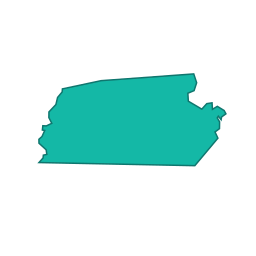 Trinity, Texas, United States of America (orthographic projection), rotated 220°
{"feature_id": "52423323B67589001499387", "entity_name": "Trinity", "entity_type": "district", "adm_level": 2, "iso_a3": "USA", "parent_name": "United States of America", "parent_adm1": "Texas", "projection": "orthographic", "projection_center": [-95.135, 31.106], "detail": "fine", "context": "isolated", "style": "filled", "palette": "teal", "viewbox_px": 256, "rotation_deg": 220, "n_neighbors": 0, "source": "geoboundaries", "source_scale": "gbopen_adm2", "svg_char_len": 641}
<svg xmlns="http://www.w3.org/2000/svg" viewBox="0 0 256 256"><g transform="rotate(220 128 128)"><path d="M52.6,142.1L52.6,178.0L58.8,180.9L57.5,186.3L61.8,191.6L66.1,193.1L66.4,195.1L62.0,194.2L63.4,196.6L62.1,201.8L65.6,203.2L73.5,202.0L75.3,196.6L79.8,201.3L83.3,197.3L83.6,189.9L99.0,187.3L104.5,193.1L101.4,199.1L104.5,206.8L112.4,211.7L179.0,147.0L203.4,115.8L201.6,113.3L201.6,106.2L198.3,99.6L198.9,89.5L195.3,85.1L189.4,82.6L191.9,77.1L194.7,75.0L192.3,71.4L190.2,72.6L188.4,66.2L189.0,62.1L186.4,59.1L176.7,58.7L173.2,55.6L175.4,52.8L173.8,50.5L174.0,44.3L52.6,142.1Z" fill="#14b8a6" stroke="#0f766e" stroke-width="1.5"/></g></svg>